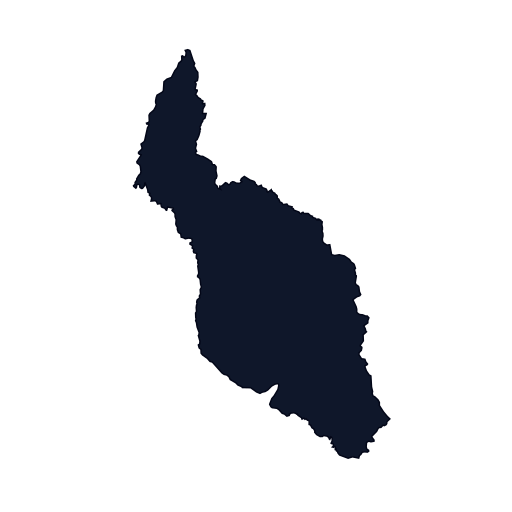 the district of La Paz, Santander, Colombia, rotated 353°
{"feature_id": "7082276B35281829421288", "entity_name": "La Paz", "entity_type": "district", "adm_level": 2, "iso_a3": "COL", "parent_name": "Colombia", "parent_adm1": "Santander", "projection": "robinson", "projection_center": [-73.636, 6.235], "detail": "fine", "context": "isolated", "style": "filled", "palette": "ink", "viewbox_px": 512, "rotation_deg": 353, "n_neighbors": 0, "source": "geoboundaries", "source_scale": "gbopen_adm2", "svg_char_len": 6118}
<svg xmlns="http://www.w3.org/2000/svg" viewBox="0 0 512 512"><g transform="rotate(353 256 256)"><path d="M325.9,230.1L324.6,228.8L324.5,228.2L323.7,228.2L323.0,227.1L322.6,227.0L322.2,227.6L321.8,227.0L321.1,227.7L320.6,227.5L319.8,226.0L317.1,224.7L316.7,224.4L316.9,223.5L314.9,222.5L313.0,220.2L308.5,219.6L308.1,218.4L307.6,218.4L306.9,218.6L306.2,219.6L304.9,219.1L304.0,217.6L299.2,215.1L298.8,213.6L297.3,212.5L297.8,211.6L294.0,210.1L293.0,208.2L289.1,208.3L288.0,206.2L286.5,205.5L285.5,202.4L284.1,201.1L284.4,199.0L283.7,197.9L282.8,197.3L282.3,196.0L280.2,194.6L280.0,193.5L279.1,193.4L279.2,192.1L276.1,193.8L275.2,193.9L274.7,193.5L274.9,192.4L274.2,190.7L270.5,188.8L269.8,186.4L267.3,187.1L265.7,186.7L265.1,185.2L263.9,184.2L264.1,183.0L263.1,181.7L259.4,179.9L254.1,175.6L251.0,177.4L249.9,179.2L251.1,180.5L248.6,181.9L245.3,181.3L243.2,179.8L241.7,179.4L239.8,180.3L239.2,181.4L237.9,181.9L237.3,181.8L235.9,180.1L234.6,179.5L231.0,182.1L229.5,182.6L228.7,182.2L228.3,183.9L229.0,185.5L226.5,184.3L225.9,181.8L224.2,179.9L223.9,178.2L224.9,174.6L226.0,174.1L227.0,171.7L226.6,166.7L227.3,162.7L227.1,162.2L225.9,160.4L223.9,160.1L223.3,157.0L220.1,154.1L215.3,150.6L213.3,150.3L210.7,148.6L209.1,148.1L208.5,146.1L208.7,145.6L209.8,145.0L209.0,141.7L210.5,137.9L210.0,135.0L210.2,134.1L211.7,133.3L213.9,129.6L215.6,125.5L215.6,124.3L216.3,123.3L215.9,121.0L217.2,119.6L217.6,118.1L219.7,115.4L219.6,114.7L220.1,114.0L222.1,113.0L223.9,108.5L220.3,108.0L221.3,103.5L223.6,100.3L223.7,98.4L221.5,98.4L221.3,97.8L222.1,96.5L222.1,95.4L220.6,94.7L220.0,93.3L217.8,91.6L216.8,89.6L215.6,88.3L217.8,85.0L217.8,84.1L216.1,83.5L215.9,82.8L217.4,78.5L217.5,77.5L216.6,76.2L216.7,75.6L219.2,74.8L220.2,71.4L220.6,66.6L219.1,64.0L218.3,61.4L217.5,60.6L217.7,59.1L218.6,57.4L217.5,54.6L215.4,44.0L213.4,42.9L210.8,43.3L211.5,45.5L210.7,48.7L209.3,49.8L208.3,49.5L207.6,48.4L206.6,48.6L206.3,52.3L205.5,53.4L202.9,55.1L200.9,59.3L197.9,62.3L193.8,68.5L189.1,69.6L185.9,71.8L184.2,80.7L183.0,81.9L177.4,84.3L176.2,86.7L175.2,90.0L175.1,91.9L175.6,93.4L174.4,95.9L172.3,98.8L168.1,101.6L167.0,103.2L166.5,109.4L165.5,110.3L163.5,110.8L163.8,111.8L165.7,112.1L165.7,113.0L163.9,115.6L159.6,127.8L158.7,129.0L155.5,130.9L156.1,134.8L155.6,136.1L152.1,138.7L151.9,139.8L152.6,140.7L154.4,141.5L154.2,142.0L149.2,147.9L149.3,149.2L151.4,151.1L152.1,152.6L152.1,158.5L151.0,160.6L149.6,161.5L147.0,164.9L147.0,166.0L145.0,168.2L144.8,170.0L143.0,171.3L143.1,172.0L145.0,174.0L145.6,173.5L146.5,170.6L147.9,170.4L149.1,171.1L149.1,173.5L149.5,174.1L150.8,175.1L151.6,175.0L153.9,172.7L154.4,170.1L154.9,169.9L156.6,177.0L156.6,179.6L158.3,180.9L157.6,182.5L159.3,184.4L159.4,186.3L158.5,188.7L162.7,188.8L163.9,189.9L164.6,192.4L168.0,192.4L168.1,195.1L168.6,196.1L171.3,197.4L172.5,199.7L172.9,199.7L174.2,196.6L179.6,198.4L179.8,199.5L178.4,200.1L178.2,200.6L180.3,203.1L180.8,204.3L180.5,207.1L181.2,210.2L180.3,214.5L180.7,216.3L181.5,217.7L181.2,220.3L181.8,223.1L184.0,224.8L184.1,228.2L186.2,229.0L187.9,230.3L191.1,230.0L193.4,230.5L194.4,231.3L194.6,232.2L194.4,234.2L192.1,235.0L191.9,236.2L194.3,238.0L193.6,240.4L195.1,241.7L194.4,243.6L194.7,245.1L197.2,246.1L197.6,246.7L196.8,248.5L196.5,250.7L198.0,252.8L197.3,255.8L197.8,257.3L197.0,258.9L197.1,265.3L196.8,266.9L195.6,268.5L195.5,269.5L196.8,270.6L197.7,272.4L197.6,277.3L198.0,279.7L197.8,280.7L196.5,282.6L196.3,287.0L194.9,288.8L195.0,290.7L192.4,292.3L191.9,293.3L191.5,294.6L191.7,296.5L191.0,297.4L190.4,299.8L190.2,303.9L189.1,305.2L188.7,309.7L188.9,311.3L188.2,312.8L188.8,314.9L188.9,319.3L190.3,325.1L189.6,327.5L189.1,327.9L190.0,333.7L189.4,336.5L188.0,337.2L188.0,337.6L188.4,340.3L190.0,342.0L189.7,345.8L190.9,347.7L195.2,351.6L197.5,355.0L199.8,356.0L208.0,367.9L209.9,369.6L212.4,370.5L214.4,372.5L215.4,375.5L220.4,379.3L222.4,381.9L225.9,383.9L226.4,384.9L234.7,386.1L240.0,391.0L243.2,392.8L245.5,391.9L248.6,391.6L251.3,390.4L255.6,387.0L259.2,385.5L261.9,385.3L262.7,385.8L262.8,387.4L261.5,391.2L257.0,397.0L254.4,399.4L251.8,404.2L251.5,405.0L252.5,407.5L253.6,408.5L258.2,409.7L260.1,411.4L262.8,415.3L265.1,416.4L267.1,418.7L269.5,418.3L269.9,416.8L270.8,416.8L271.4,416.2L274.5,416.2L276.5,417.2L277.0,417.9L277.9,417.9L278.2,419.2L281.5,422.0L281.8,423.5L283.8,422.8L284.7,424.1L285.9,423.6L286.9,425.1L288.7,426.1L288.2,429.7L289.5,430.3L290.7,433.4L292.1,434.4L293.1,436.8L292.8,438.1L294.4,440.6L297.6,443.0L300.0,443.2L301.2,442.4L304.5,443.4L306.1,444.9L306.5,446.6L306.9,447.0L308.2,444.5L308.8,444.8L309.3,446.3L309.1,448.8L307.7,451.0L308.1,451.4L309.4,451.6L309.8,452.3L309.6,454.3L308.6,454.9L309.5,455.3L310.6,454.5L311.3,454.8L311.3,456.1L311.8,456.7L311.1,457.2L311.1,457.9L312.0,458.2L312.1,459.2L313.0,460.0L313.4,461.6L314.7,463.7L322.8,467.9L327.3,467.1L333.3,469.1L334.3,466.7L335.9,465.7L337.5,463.7L339.9,463.6L342.8,464.2L344.1,463.4L344.0,462.5L342.3,461.0L342.1,458.7L343.0,454.5L345.3,453.5L347.4,454.4L350.5,454.2L350.7,453.1L349.0,450.1L348.9,449.1L354.3,444.8L356.1,442.1L357.1,441.3L359.2,441.3L361.4,439.4L362.6,440.0L364.5,439.3L365.3,438.3L365.7,436.4L369.0,434.0L366.7,431.2L363.5,426.2L360.2,419.4L360.6,416.3L359.5,413.6L356.7,410.2L355.0,409.1L354.6,406.4L355.2,404.8L354.7,400.0L355.4,389.0L353.8,387.9L351.6,383.6L350.6,379.5L351.0,378.1L352.8,377.6L353.5,376.8L352.0,374.3L351.5,371.8L349.3,371.1L348.4,371.2L346.1,366.5L346.5,364.5L349.0,362.5L349.9,360.0L349.8,359.3L348.6,358.2L348.6,357.3L352.2,353.3L352.7,347.3L356.4,344.7L355.8,343.8L355.6,341.6L354.5,338.4L358.8,336.0L359.1,333.8L360.5,331.1L359.1,329.1L357.6,329.0L354.7,327.4L352.1,326.8L350.8,326.1L349.1,324.2L349.5,321.0L349.2,318.6L346.8,311.2L351.0,308.8L354.1,308.1L355.2,307.0L354.3,304.1L354.3,299.3L353.3,297.7L352.0,297.0L351.2,294.8L353.1,288.3L353.1,287.7L352.2,286.7L352.6,285.2L352.0,281.6L353.2,280.4L352.5,276.8L352.0,275.6L349.8,273.7L348.3,270.8L343.7,266.7L338.8,264.9L334.2,265.1L331.2,263.9L330.6,253.8L327.6,253.8L324.6,251.1L323.9,249.6L323.9,247.2L324.9,244.4L325.1,241.7L324.5,239.1L325.1,238.2L325.4,235.8L325.2,232.8L325.9,230.1Z" fill="#0f172a" stroke="#020617" stroke-width="1.5"/></g></svg>